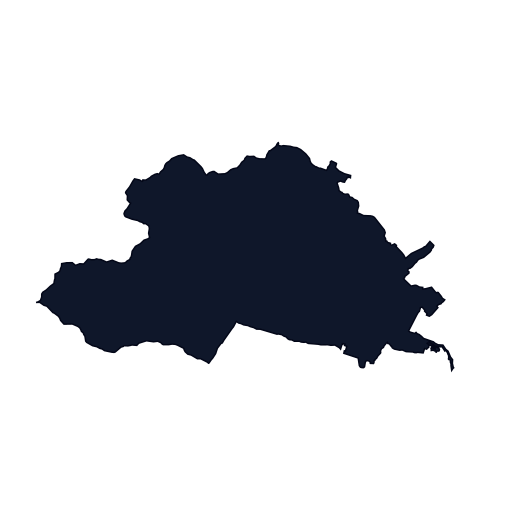 Sanmihaiu Almasului, Salaj, Romania (Mercator projection), rotated 8°
{"feature_id": "2599482B86867207521382", "entity_name": "Sanmihaiu Almasului", "entity_type": "district", "adm_level": 2, "iso_a3": "ROU", "parent_name": "Romania", "parent_adm1": "Salaj", "projection": "mercator", "projection_center": [23.232, 47.041], "detail": "fine", "context": "isolated", "style": "filled", "palette": "ink", "viewbox_px": 512, "rotation_deg": 8, "n_neighbors": 0, "source": "geoboundaries", "source_scale": "gbopen_adm2", "svg_char_len": 6110}
<svg xmlns="http://www.w3.org/2000/svg" viewBox="0 0 512 512"><g transform="rotate(8 256 256)"><path d="M224.3,368.6L226.0,365.2L227.3,363.2L229.6,358.3L230.6,352.7L233.5,347.5L234.7,346.8L235.9,343.8L242.4,331.1L243.5,329.3L245.6,323.5L248.2,324.8L250.5,325.0L253.4,325.9L257.8,326.0L260.0,326.7L263.7,327.2L266.7,328.3L270.4,327.9L287.6,330.5L289.1,330.1L292.5,330.3L294.7,331.4L297.3,332.0L298.8,333.4L300.6,334.2L303.3,334.1L305.8,335.1L310.9,334.4L312.6,334.9L315.6,334.8L317.2,334.3L319.9,335.3L329.8,334.7L332.7,334.9L339.3,333.9L342.6,334.0L346.5,333.2L351.3,335.2L352.7,336.4L353.5,331.4L354.3,331.4L354.4,330.6L356.4,330.8L356.2,332.3L358.5,332.8L357.8,337.8L356.7,337.6L356.5,340.1L371.4,342.8L373.6,350.2L374.9,351.6L376.3,351.8L378.1,351.6L378.9,350.6L379.0,346.4L379.3,345.2L379.9,344.3L381.4,344.1L382.5,344.3L384.1,345.3L384.0,346.2L384.2,346.4L387.3,346.1L387.6,345.3L387.5,343.1L388.2,342.8L388.3,341.9L389.6,340.6L390.6,338.0L392.8,334.9L392.9,334.1L392.5,332.7L393.1,330.4L394.9,328.8L395.3,327.2L397.2,324.1L398.1,323.2L398.7,324.3L400.3,324.4L402.1,326.3L402.5,326.2L403.8,328.0L405.9,328.9L411.3,329.3L414.0,328.7L417.9,329.8L424.8,329.2L426.3,329.6L428.3,329.4L429.4,328.9L435.0,328.7L435.8,324.2L438.0,324.5L438.5,323.5L439.7,322.5L439.7,320.7L439.3,319.9L437.6,318.6L438.3,317.9L438.5,318.9L439.5,319.7L442.6,320.8L443.9,321.7L446.4,322.3L446.4,323.3L442.5,322.3L442.1,323.0L442.4,323.5L442.7,325.2L444.7,324.6L446.2,325.2L447.1,324.8L447.6,325.1L447.5,326.0L448.0,326.1L448.5,324.8L450.2,324.7L450.6,324.2L450.7,323.1L450.1,322.2L448.8,321.5L444.8,320.6L442.8,319.0L440.3,317.9L440.0,317.3L443.4,318.6L445.0,319.7L446.6,320.1L449.8,320.5L452.9,320.0L456.2,323.8L456.6,323.3L457.3,323.2L459.3,325.4L459.4,326.0L460.6,327.8L461.0,330.0L460.9,331.2L461.4,331.7L462.6,331.8L463.1,332.5L463.2,333.9L464.1,335.6L464.4,337.6L465.7,342.0L466.8,339.7L467.3,339.2L466.8,338.7L465.4,335.0L465.1,331.3L462.7,329.0L459.4,323.5L456.9,322.0L453.5,318.2L448.7,318.6L445.5,317.5L443.6,316.3L433.4,314.3L431.0,312.5L428.4,311.0L426.4,310.5L425.1,309.4L424.0,310.6L419.2,309.9L417.5,309.0L423.4,292.0L424.5,289.3L425.5,288.0L426.0,284.2L427.5,283.5L428.0,283.8L430.5,286.0L430.7,286.5L430.6,287.1L433.4,289.3L433.1,290.8L436.0,291.5L438.2,289.6L443.3,281.8L442.0,280.6L443.5,278.7L445.8,277.6L446.5,276.3L447.8,275.1L449.0,273.1L446.5,272.0L445.0,270.1L441.5,266.8L440.7,266.8L439.7,267.4L438.4,266.5L434.2,262.5L428.6,264.8L425.9,265.5L425.6,265.5L425.5,263.9L422.1,264.0L419.0,262.8L417.6,262.8L413.7,264.2L405.3,258.1L406.2,256.8L406.2,255.6L409.8,251.7L409.7,250.4L408.2,249.6L408.6,247.2L410.2,246.8L412.2,244.8L414.4,241.1L415.7,239.8L416.9,237.4L418.1,236.3L422.2,234.0L427.7,227.9L428.8,225.8L428.8,224.6L430.2,222.7L430.6,220.7L426.2,217.4L422.7,222.9L421.4,223.5L420.1,224.9L409.5,231.9L404.4,237.6L402.1,234.4L399.8,232.2L393.7,227.4L393.0,227.3L393.6,226.6L393.6,225.9L391.6,224.7L388.7,226.6L387.6,225.9L387.4,224.7L384.3,224.2L383.4,223.0L382.5,223.3L381.8,220.6L380.1,218.5L380.7,214.9L379.4,212.3L367.9,201.3L366.0,200.5L363.9,200.3L356.8,201.0L352.6,199.6L350.4,199.5L350.6,198.4L350.0,196.7L350.7,192.2L349.8,188.6L348.5,187.1L345.2,186.2L343.0,184.7L340.6,184.5L339.0,182.1L338.1,181.9L335.5,182.5L333.4,182.1L332.2,181.0L331.2,180.9L329.2,179.7L328.3,176.9L326.1,172.4L326.2,172.1L326.6,171.5L329.2,170.0L331.7,170.6L333.4,170.6L334.0,168.7L335.2,166.7L335.4,165.4L336.5,165.4L336.7,164.8L338.6,165.4L338.5,163.1L332.0,162.2L326.3,160.2L322.3,157.2L322.9,153.4L322.6,153.0L317.5,151.4L316.5,152.5L316.7,154.5L315.7,156.8L314.8,157.8L314.6,159.9L313.8,161.4L307.6,160.1L306.2,160.3L303.3,159.3L303.0,159.6L299.3,157.7L297.5,156.3L296.4,154.6L295.4,152.0L291.1,148.0L285.4,144.4L281.3,143.0L278.0,143.1L274.6,142.6L267.8,142.9L265.6,143.7L264.1,143.5L262.1,142.8L262.7,141.4L262.3,140.7L261.9,141.0L261.8,141.9L261.2,142.2L260.8,143.9L259.8,145.4L255.5,149.7L254.5,150.0L252.7,154.3L252.6,156.0L252.0,158.1L251.1,158.7L246.0,159.3L242.6,159.0L240.0,157.6L235.9,158.4L233.3,158.3L231.5,160.8L231.1,162.8L228.8,165.2L227.5,168.1L225.1,171.4L221.3,172.7L219.0,174.1L216.1,177.4L213.8,178.9L207.1,180.2L202.7,178.1L201.3,178.4L198.6,179.8L197.3,180.9L196.1,182.8L195.3,182.7L193.1,180.5L190.5,176.5L189.6,176.0L189.3,175.4L181.5,169.6L180.2,169.4L176.9,167.9L173.9,167.6L170.3,165.9L165.1,167.6L159.0,171.3L157.2,174.0L154.9,175.9L153.9,177.2L153.2,178.9L152.9,181.3L152.2,183.2L149.8,186.0L148.6,188.6L146.9,188.2L144.7,189.1L141.3,191.6L140.3,193.0L136.7,195.9L135.7,196.3L133.4,196.4L133.3,197.7L132.8,198.0L130.0,196.9L125.0,196.5L123.7,198.9L121.3,205.0L118.3,210.2L118.1,211.0L118.1,211.6L120.3,214.1L120.7,218.4L123.2,220.5L124.5,221.1L121.8,227.1L120.0,229.6L119.4,232.2L119.6,233.0L120.5,234.6L121.5,235.3L128.1,236.8L134.0,237.3L136.3,238.2L138.7,238.5L140.2,239.6L142.3,239.3L145.5,241.0L146.1,242.0L146.6,243.9L146.5,248.4L148.1,252.6L146.5,254.1L142.9,255.9L139.7,260.0L135.3,263.2L132.7,268.5L132.7,272.6L132.4,274.5L131.6,275.8L131.7,276.9L129.0,278.9L128.1,280.2L126.9,281.1L123.5,281.9L121.0,281.9L114.2,280.2L108.9,282.8L102.8,281.1L100.2,281.3L98.6,281.0L96.6,282.1L93.6,282.6L90.7,282.3L90.1,282.6L86.5,287.9L82.6,288.2L78.6,290.4L75.0,288.2L69.6,289.0L64.6,290.6L64.8,293.4L64.1,296.1L64.1,297.5L63.7,298.4L62.7,299.7L59.5,301.9L60.1,306.5L59.8,307.7L59.7,310.5L60.1,311.0L56.6,314.4L53.1,318.8L49.9,321.6L49.1,323.5L49.5,326.6L48.7,330.1L46.3,331.9L44.7,332.6L48.3,332.0L52.8,334.3L55.9,334.8L62.8,340.3L64.3,340.7L68.8,343.2L70.4,345.0L71.5,347.0L75.3,350.2L83.6,348.9L89.4,350.5L91.4,351.6L92.7,353.2L93.7,355.0L95.6,356.1L96.3,357.6L97.8,359.3L99.2,364.0L100.4,365.1L106.7,367.6L111.1,368.0L114.2,369.2L116.7,369.5L119.1,370.8L126.6,371.3L128.8,371.2L129.9,370.7L135.0,365.0L137.2,364.0L137.7,363.2L141.7,362.8L144.7,361.8L145.0,361.4L150.4,361.1L152.0,358.7L159.3,355.2L166.5,355.2L170.5,354.1L173.8,355.0L175.4,356.3L176.5,356.7L182.0,355.9L185.1,354.9L188.4,354.7L190.7,355.2L197.4,357.5L197.8,358.7L199.1,360.6L202.1,362.7L205.6,363.1L212.3,365.9L215.4,365.4L222.6,367.9L223.9,368.8L224.3,368.6Z" fill="#0f172a" stroke="#020617" stroke-width="1.5"/></g></svg>